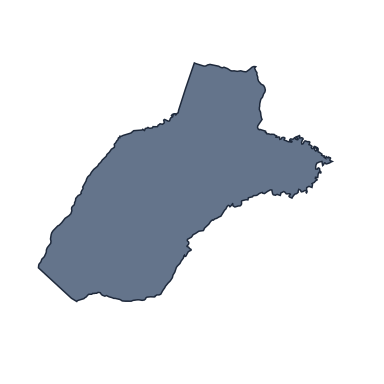 the district of Guacimo, Limón, Costa Rica, rotated 17°
{"feature_id": "36466004B32500402146996", "entity_name": "Guacimo", "entity_type": "district", "adm_level": 2, "iso_a3": "CRI", "parent_name": "Costa Rica", "parent_adm1": "Limón", "projection": "orthographic", "projection_center": [-83.609, 10.204], "detail": "fine", "context": "isolated", "style": "filled", "palette": "slate", "viewbox_px": 384, "rotation_deg": 17, "n_neighbors": 0, "source": "geoboundaries", "source_scale": "gbopen_adm2", "svg_char_len": 6052}
<svg xmlns="http://www.w3.org/2000/svg" viewBox="0 0 384 384"><g transform="rotate(17 192 192)"><path d="M114.7,329.0L119.8,325.6L120.3,324.6L121.3,323.6L123.0,320.1L126.0,319.1L126.8,317.9L127.9,317.8L128.6,317.3L130.5,316.7L131.2,315.7L131.8,315.4L133.7,315.1L134.8,316.1L136.3,316.9L139.1,317.1L140.5,316.0L143.3,316.5L146.2,316.4L148.4,316.6L149.5,316.2L153.7,315.9L155.0,315.9L156.8,316.5L157.5,316.5L160.1,315.9L165.8,314.2L167.3,312.9L171.0,311.2L172.8,310.6L176.0,310.2L178.0,309.2L178.8,307.9L178.8,306.9L179.7,305.7L183.1,304.3L186.6,303.4L187.1,303.1L187.4,302.4L187.2,302.3L188.5,300.7L190.5,300.1L192.0,298.9L192.8,295.0L194.0,291.3L194.1,290.1L195.7,286.2L197.2,283.4L198.3,279.7L198.1,277.0L199.0,273.6L199.1,268.7L199.7,267.0L201.4,263.8L201.8,261.2L203.0,257.9L203.0,255.2L203.2,254.8L203.6,255.5L204.2,255.7L204.9,255.1L205.8,250.5L207.0,248.9L207.7,248.5L208.1,248.0L207.9,247.2L206.0,246.7L204.9,245.7L203.4,245.7L203.1,245.5L203.1,244.8L203.9,243.2L204.0,242.2L203.5,240.9L201.8,240.0L201.5,239.3L201.6,238.5L204.6,235.4L205.0,234.4L205.5,232.5L207.5,230.6L210.0,227.5L214.1,225.6L214.4,224.6L214.5,223.0L217.5,217.8L218.4,214.7L219.7,212.7L220.3,212.8L220.7,212.6L221.5,211.2L223.3,210.0L225.2,207.9L226.7,206.7L228.5,199.8L229.3,198.5L229.8,195.6L230.3,194.7L230.6,194.2L231.7,194.2L232.6,195.0L233.4,193.7L234.2,191.3L234.5,191.4L234.7,192.4L235.4,193.3L237.4,193.8L240.6,191.7L241.9,191.3L242.4,190.8L242.9,189.5L242.7,188.1L242.1,186.9L242.1,186.1L242.4,185.7L245.9,183.6L247.8,183.2L247.6,181.0L251.3,178.9L251.5,178.1L251.8,177.5L254.3,176.6L255.4,175.8L256.6,174.0L258.0,172.7L259.3,171.9L260.1,172.5L261.8,172.3L264.1,169.3L266.3,167.1L267.7,166.7L269.6,170.1L270.6,170.9L272.8,170.7L273.4,169.9L274.2,169.4L277.4,169.5L277.5,168.6L277.2,167.1L279.6,164.7L280.8,165.0L282.7,166.2L284.3,165.7L285.5,165.1L286.7,165.3L286.8,165.7L286.0,167.1L286.1,167.9L286.9,168.3L289.4,168.6L289.7,167.0L290.7,164.4L291.3,163.7L292.5,163.0L293.6,161.3L293.2,159.6L293.4,158.2L295.0,158.5L295.7,159.0L296.1,159.7L296.6,159.9L298.2,159.0L299.3,157.7L300.8,157.3L301.3,158.1L301.3,159.2L301.8,159.4L302.0,158.1L300.8,156.1L300.4,154.2L302.2,152.4L305.4,152.6L305.1,149.7L304.3,148.9L306.1,147.1L307.0,145.1L308.1,143.9L307.9,143.4L306.0,143.0L305.8,141.8L308.0,141.3L307.4,138.1L307.5,136.4L307.9,135.6L308.4,135.3L309.0,136.3L309.5,136.2L309.7,135.9L309.2,134.9L308.0,134.4L307.2,132.4L306.6,132.1L305.7,132.0L305.1,133.6L303.6,133.8L303.0,132.1L302.7,130.2L302.9,128.0L305.1,126.0L307.3,124.8L309.2,128.5L309.8,127.6L310.0,125.7L310.2,125.4L311.1,125.4L311.7,125.9L312.5,125.8L315.3,123.8L315.5,123.3L317.2,121.8L314.7,121.5L314.4,120.1L314.6,119.1L314.4,118.9L312.4,118.7L312.3,119.5L312.1,119.6L310.0,118.9L309.8,119.9L310.1,120.8L308.1,120.1L308.1,119.0L307.8,118.8L306.1,119.2L305.2,119.0L305.3,117.9L305.1,117.7L303.3,117.2L302.2,116.7L301.1,116.9L300.7,116.4L300.0,113.8L299.0,113.0L297.2,112.7L299.0,114.7L299.1,115.8L298.5,116.6L298.1,116.6L296.8,115.5L296.6,114.8L296.9,113.5L296.5,113.1L295.5,113.0L295.1,115.0L294.2,115.4L293.7,115.3L293.1,114.7L293.4,113.5L293.3,113.2L291.4,112.5L290.0,112.5L290.2,110.4L290.1,109.9L289.7,109.7L289.0,109.6L288.3,110.1L285.2,110.0L284.5,111.2L284.2,113.3L283.2,114.1L282.5,113.2L282.2,112.4L282.4,109.7L282.8,109.2L282.6,108.5L282.3,108.2L281.1,108.0L279.3,108.9L278.9,108.9L278.8,107.1L278.2,106.6L277.3,107.5L275.5,108.8L277.9,110.4L277.9,110.9L277.3,111.3L275.6,111.1L275.0,110.1L274.1,110.1L273.7,111.4L273.1,112.0L270.8,112.4L270.3,113.2L270.2,114.0L270.4,114.2L272.3,114.1L272.7,114.3L272.9,114.6L272.7,115.2L272.0,115.4L270.8,115.4L269.8,115.7L268.5,115.7L267.0,115.4L265.1,115.4L264.8,115.2L264.8,114.7L265.1,113.3L264.0,112.9L263.1,113.1L262.1,113.7L261.8,115.1L260.6,116.0L260.1,115.3L259.7,114.0L258.8,114.0L257.5,114.8L256.2,115.0L256.2,114.8L256.8,114.2L256.7,113.7L254.3,113.3L253.7,112.9L251.1,113.5L250.8,113.9L248.2,114.0L246.7,114.5L246.1,114.2L245.9,113.6L244.8,113.5L244.7,112.4L244.4,112.3L238.6,112.3L238.2,112.8L237.0,112.5L235.9,111.3L235.5,109.6L237.8,102.1L236.9,101.1L235.7,99.0L234.2,95.6L232.3,93.5L231.7,91.3L231.7,90.4L231.0,87.8L230.7,83.2L231.7,80.7L231.8,77.3L232.5,75.0L232.3,73.0L231.0,70.8L229.2,69.1L226.7,68.7L223.4,66.7L222.7,65.8L221.7,64.4L221.3,62.9L219.5,60.5L219.5,59.8L219.1,58.7L217.9,57.9L215.9,55.6L215.7,55.0L216.4,53.6L215.6,53.6L214.1,54.1L212.9,55.1L211.2,57.9L208.9,61.0L208.1,61.4L205.6,61.8L203.2,61.8L200.0,63.4L196.9,63.8L194.7,64.6L193.2,64.6L190.0,63.6L186.1,63.3L184.8,64.3L184.2,64.4L182.8,64.4L180.8,63.9L171.9,64.7L169.8,65.9L168.3,67.5L166.7,68.1L158.1,68.1L156.5,67.9L155.6,95.0L155.3,117.8L155.6,120.2L154.6,121.4L154.3,122.6L154.0,122.9L153.6,122.0L152.5,122.2L151.9,122.5L151.9,123.5L151.7,123.8L151.3,123.8L151.1,123.1L150.5,123.6L150.0,125.0L151.5,125.7L150.0,127.4L149.7,128.9L149.9,129.3L149.7,130.6L148.6,131.2L144.6,130.6L144.3,130.8L143.9,131.6L145.1,133.4L145.2,134.1L144.0,135.9L141.5,136.1L141.1,136.9L140.1,138.0L139.9,139.6L136.2,140.8L135.7,140.8L135.2,142.4L133.5,143.2L132.4,143.5L131.0,143.1L130.5,143.9L128.8,144.9L128.6,147.1L128.2,147.1L126.6,146.4L126.2,147.2L125.7,147.5L118.3,150.4L116.3,153.5L109.6,158.0L108.0,159.5L106.7,159.8L107.1,161.1L106.1,161.4L105.8,161.9L105.9,163.7L105.1,165.1L104.6,167.4L103.8,168.8L103.8,169.5L104.4,170.4L104.7,172.0L102.4,174.7L101.3,178.2L99.7,180.9L99.5,183.1L98.0,185.5L97.6,186.5L97.0,187.1L96.2,189.8L95.4,191.4L94.8,192.2L94.2,194.9L91.4,199.1L90.0,202.7L89.5,205.5L89.0,206.0L87.8,208.2L87.4,210.7L87.5,212.4L86.0,219.3L86.7,220.0L86.8,220.5L86.0,223.9L86.0,225.0L86.5,225.7L85.6,227.4L84.2,228.6L82.7,232.1L83.1,234.6L82.8,236.5L83.1,237.3L83.1,238.7L81.9,240.7L81.5,242.0L81.8,243.5L82.6,245.1L82.5,248.2L81.3,250.6L78.3,254.3L76.4,259.4L74.8,262.5L73.5,263.7L70.5,269.6L69.8,272.0L69.8,274.0L70.4,278.3L71.5,280.2L71.9,282.4L69.9,287.5L69.8,288.6L69.7,290.0L70.2,291.9L70.2,293.0L69.7,297.0L68.0,300.2L67.9,303.0L66.8,305.7L66.8,306.8L67.3,309.4L107.8,328.9L113.8,330.4L113.9,329.9L114.7,329.0Z" fill="#64748b" stroke="#1e293b" stroke-width="1.5"/></g></svg>